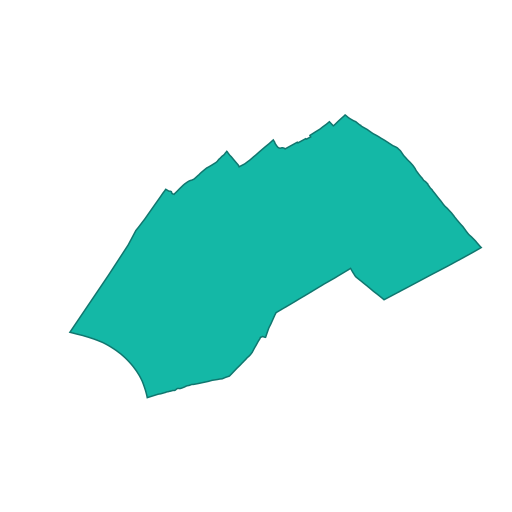 outline of Phra Khanong, Bangkok Metropolis, Thailand, rotated 330°
{"feature_id": "78962969B55596072077458", "entity_name": "Phra Khanong", "entity_type": "district", "adm_level": 2, "iso_a3": "THA", "parent_name": "Thailand", "parent_adm1": "Bangkok Metropolis", "projection": "mercator", "projection_center": [100.617, 13.692], "detail": "fine", "context": "isolated", "style": "filled", "palette": "teal", "viewbox_px": 512, "rotation_deg": 330, "n_neighbors": 0, "source": "geoboundaries", "source_scale": "gbopen_adm2", "svg_char_len": 5608}
<svg xmlns="http://www.w3.org/2000/svg" viewBox="0 0 512 512"><g transform="rotate(330 256 256)"><path d="M455.3,361.3L454.8,359.3L453.9,354.6L453.7,353.1L452.2,347.3L451.8,346.1L451.3,344.7L451.0,343.5L450.8,342.4L450.4,339.4L449.9,334.3L449.1,330.7L448.6,328.1L448.3,326.3L448.2,325.9L448.1,325.2L448.0,324.8L447.8,323.1L447.7,322.9L447.5,321.5L447.4,319.9L447.2,318.8L447.0,317.5L446.9,316.6L445.7,311.5L445.6,310.8L445.5,310.5L445.5,310.4L444.5,307.4L444.2,305.7L444.1,305.4L444.1,305.1L444.0,304.5L443.5,299.9L443.4,299.8L442.8,296.0L442.4,293.0L442.1,290.8L441.9,289.6L441.7,288.4L441.6,287.6L441.6,286.6L441.0,284.6L440.9,284.1L440.8,282.1L440.7,281.8L440.6,280.1L440.7,279.8L440.7,279.7L440.8,279.5L440.6,279.0L440.5,278.4L440.4,278.0L440.2,277.2L440.1,276.9L439.9,276.2L439.3,275.0L439.1,274.6L439.0,274.1L438.9,273.2L438.8,271.5L438.5,270.3L438.0,267.5L437.7,264.8L437.4,262.4L437.4,261.4L437.5,259.9L437.4,258.3L437.2,256.4L437.1,255.7L437.0,255.2L436.3,251.9L435.2,248.1L435.0,246.8L434.6,245.0L434.1,242.8L434.1,242.7L433.7,237.2L433.3,235.8L433.2,235.6L432.5,233.1L431.6,231.5L430.8,230.5L430.5,229.9L430.0,229.4L429.5,228.5L428.5,226.5L427.4,224.4L427.3,224.1L426.2,222.0L425.7,221.0L425.2,220.0L423.0,216.2L422.1,214.4L422.0,214.2L421.9,214.0L421.3,213.0L420.8,212.1L420.5,211.6L418.6,208.6L417.4,206.1L415.6,202.1L412.5,196.9L412.2,196.2L411.9,195.5L412.0,195.1L411.6,194.7L411.3,194.2L411.1,193.7L409.8,190.2L409.6,189.6L409.4,189.3L409.3,189.2L409.0,188.8L408.1,187.6L407.8,187.1L405.9,183.8L405.1,182.1L405.0,181.8L404.0,179.0L403.7,178.4L403.1,178.6L398.7,179.5L394.6,180.4L390.8,181.4L388.1,182.0L388.0,181.9L386.7,176.4L382.7,177.1L378.6,177.5L374.6,178.1L373.8,178.1L369.7,178.2L363.0,178.5L362.9,180.2L357.9,180.0L357.8,179.9L357.8,179.4L357.7,179.2L356.5,179.2L352.8,179.1L349.1,179.0L348.9,179.0L348.9,178.8L348.8,178.6L348.8,178.2L348.7,178.1L334.8,177.8L334.8,177.7L334.6,177.3L334.4,176.9L334.2,176.6L333.7,176.1L332.9,175.4L332.4,175.2L331.9,175.0L331.0,174.8L330.4,174.5L329.9,173.8L329.8,173.6L329.7,173.5L329.5,173.2L329.3,172.9L329.2,172.1L329.0,171.1L328.9,169.4L328.8,167.9L328.9,167.7L329.1,166.6L329.0,164.8L329.0,164.1L328.5,164.2L327.5,164.4L323.3,165.3L320.2,165.8L318.8,166.0L314.5,166.8L310.4,167.6L306.0,168.5L303.4,168.9L301.0,169.4L299.3,169.7L298.4,169.9L296.2,170.1L292.3,170.6L286.0,170.3L286.1,169.6L286.1,168.2L286.0,167.7L285.5,165.1L284.6,160.0L284.6,159.8L284.2,157.6L283.6,155.6L283.5,154.5L283.3,153.1L283.3,152.6L283.2,151.4L283.2,151.2L283.0,150.7L282.8,150.8L282.5,151.0L281.1,151.4L280.3,151.8L279.6,152.1L278.5,152.4L277.6,152.5L276.6,152.6L275.5,152.9L273.5,153.5L272.1,153.7L271.2,154.1L270.9,154.2L270.2,154.5L269.7,154.7L269.2,154.8L268.2,155.0L265.2,155.1L262.2,155.2L259.1,155.2L257.4,155.1L255.4,155.4L250.7,156.2L248.9,156.6L247.9,156.9L247.3,157.1L246.0,157.3L243.7,157.8L242.3,158.1L240.7,158.4L239.6,158.3L238.3,158.2L237.0,157.8L235.6,157.6L234.3,157.6L232.8,157.7L230.6,157.9L229.9,158.0L228.3,158.3L223.5,159.5L220.0,160.5L216.0,161.5L215.9,161.6L214.8,160.4L214.7,160.3L214.7,160.1L214.6,159.9L214.5,159.7L214.5,159.3L214.5,159.2L214.8,158.7L214.8,158.4L214.8,158.2L214.8,157.9L214.7,157.8L214.6,157.6L214.5,157.4L214.1,157.0L213.6,156.7L213.1,156.3L212.8,156.0L212.6,155.7L212.5,155.4L212.1,154.7L211.2,153.1L210.7,153.3L209.8,153.8L207.3,154.8L205.4,155.7L202.7,157.0L194.0,161.0L183.9,165.7L182.2,166.5L177.9,168.5L174.7,169.8L168.5,172.4L167.2,172.9L164.8,173.8L150.9,182.5L118.6,198.9L56.7,229.0L62.2,234.4L64.4,236.5L66.5,238.5L66.9,239.0L70.5,242.8L74.4,247.2L76.3,249.5L78.1,251.8L79.9,254.1L81.6,256.7L83.2,259.3L84.7,262.0L86.1,264.7L87.5,267.5L88.7,270.3L89.9,273.1L90.9,276.0L91.8,278.8L92.6,281.7L93.3,284.7L93.9,287.6L94.4,290.6L94.7,293.3L95.0,296.0L95.1,298.7L95.2,301.4L95.1,304.1L94.9,307.3L94.4,310.5L93.8,313.7L93.2,316.6L92.5,319.4L91.7,322.2L91.0,324.3L102.3,326.8L103.6,327.3L104.6,327.7L105.0,327.8L106.6,328.2L107.9,328.5L108.2,328.6L108.3,328.6L109.3,328.9L110.4,329.0L110.6,329.0L110.8,329.1L112.1,329.6L112.7,329.8L113.4,329.9L114.1,330.2L115.9,330.7L116.6,330.8L116.8,330.9L117.0,331.0L118.2,331.7L118.4,331.7L118.8,331.8L119.6,331.7L120.8,331.5L121.3,331.5L121.7,331.5L122.1,331.6L122.6,331.9L123.8,332.8L124.2,332.9L125.9,333.3L126.7,333.4L128.6,333.7L131.0,333.8L133.5,334.7L136.1,335.1L136.7,335.4L137.5,335.9L142.3,337.6L152.5,340.9L153.1,341.0L156.1,341.8L159.9,343.3L160.9,343.7L163.0,344.4L165.2,345.4L165.7,345.5L166.4,345.6L169.1,345.9L171.9,346.5L172.3,346.6L172.6,346.6L172.9,346.7L176.8,345.6L180.9,344.4L183.6,343.6L187.3,342.7L191.3,341.5L191.5,341.5L191.9,341.4L192.5,341.2L194.2,340.7L194.4,340.7L195.8,340.3L195.9,340.2L197.8,339.6L199.2,339.4L199.4,339.3L199.5,339.3L200.2,339.2L200.3,339.1L200.5,339.1L201.1,338.9L201.8,338.7L204.6,337.5L206.3,336.4L208.7,334.9L211.7,333.2L215.1,331.1L217.8,329.7L219.2,328.7L219.4,328.7L219.8,328.8L220.2,328.9L220.9,329.0L221.3,328.9L221.9,329.5L222.7,330.4L223.4,331.1L223.6,331.2L223.8,331.1L224.9,330.1L228.7,326.8L230.8,325.0L231.9,324.2L235.0,322.2L239.0,319.3L243.3,316.2L243.7,316.0L244.9,315.2L245.0,315.1L245.3,315.1L252.9,315.0L261.3,315.0L272.0,314.8L282.3,314.7L291.5,314.5L301.0,314.3L312.3,314.4L313.7,314.4L316.5,314.3L323.2,314.2L331.7,314.0L331.7,318.9L331.8,320.4L331.8,321.7L331.9,323.2L332.0,323.8L332.1,324.2L333.7,328.3L336.0,334.3L338.3,340.3L340.1,345.4L341.6,349.0L341.8,349.4L344.3,355.9L345.0,357.9L355.7,358.3L366.9,358.7L368.7,358.8L389.3,359.5L395.2,359.7L400.6,359.9L416.8,360.6L425.3,360.8L436.0,361.1L437.0,361.1L440.6,361.2L448.7,361.3L455.3,361.3Z" fill="#14b8a6" stroke="#0f766e" stroke-width="1.5"/></g></svg>